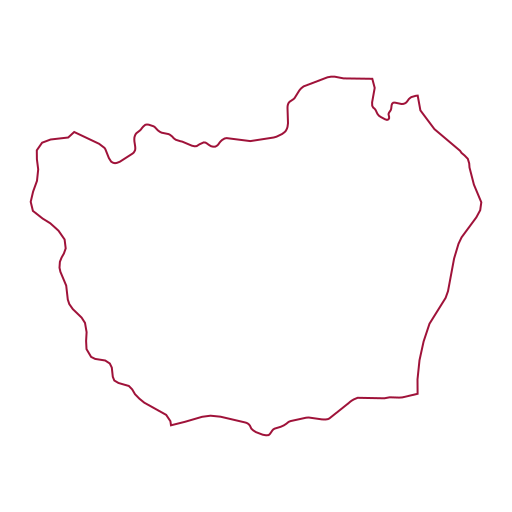 SVG path tracing the border of Phetchaburi
{"feature_id": "THA-419", "entity_name": "Phetchaburi", "entity_type": "Province", "adm_level": 1, "iso_a3": "THA", "parent_name": "Thailand", "parent_adm1": "", "projection": "mercator", "projection_center": [99.57, 12.939], "detail": "fine", "context": "isolated", "style": "outline", "palette": "rose", "viewbox_px": 512, "rotation_deg": 0, "n_neighbors": 0, "source": "natural_earth", "source_scale": "10m", "svg_char_len": 2848}
<svg xmlns="http://www.w3.org/2000/svg" viewBox="0 0 512 512"><path d="M171.0,425.3L170.4,421.2L166.2,414.9L144.3,402.7L139.4,398.7L135.0,394.2L132.2,389.4L128.9,386.0L118.5,383.0L114.3,380.5L112.8,376.8L111.8,367.6L109.8,363.5L105.2,360.5L95.1,358.9L91.1,356.9L86.5,349.1L86.1,340.9L86.6,332.2L85.0,322.9L81.6,317.6L72.8,309.1L69.3,304.1L67.8,299.6L66.2,285.6L60.4,271.8L59.5,267.7L59.9,261.8L61.6,257.5L63.9,253.5L65.7,248.4L64.6,239.5L58.5,230.7L50.3,223.3L42.7,218.6L32.9,210.9L30.7,201.8L33.1,191.6L37.0,180.8L38.2,169.4L36.9,159.2L36.8,150.3L42.1,142.7L50.6,139.5L68.2,137.5L74.2,132.0L81.8,135.6L99.1,143.8L104.5,147.9L105.4,149.3L108.9,158.1L111.2,161.7L113.2,162.8L115.0,163.2L116.8,162.9L118.4,162.3L119.9,161.7L132.5,153.6L133.6,152.7L134.4,151.5L135.1,150.1L135.3,148.4L135.2,146.7L134.4,141.3L134.3,139.3L134.4,137.5L134.9,135.8L135.5,134.4L136.4,133.2L139.9,130.5L140.9,129.5L142.0,128.0L143.3,126.5L145.3,124.8L147.0,124.5L148.8,124.7L153.6,126.3L154.8,127.1L157.8,130.3L159.0,131.2L160.2,132.0L161.7,132.7L168.6,134.1L170.0,134.8L172.3,136.6L173.3,137.8L174.4,138.8L175.9,139.8L180.3,141.2L182.2,141.6L191.9,145.7L194.7,146.3L196.7,146.1L199.5,144.3L203.7,142.4L205.5,142.6L207.0,143.5L208.6,144.7L211.0,146.2L213.2,146.7L215.1,146.7L216.5,146.0L217.7,145.1L218.7,143.9L219.5,142.7L220.6,141.4L222.1,140.0L224.6,138.5L226.6,138.1L250.3,141.1L273.7,137.5L276.5,136.7L282.1,134.0L284.5,132.2L285.6,131.1L286.3,129.9L287.0,128.5L287.5,126.9L288.0,123.2L287.5,107.9L287.6,106.0L288.0,104.3L288.7,102.8L289.7,101.7L293.4,99.2L294.5,98.2L299.3,90.5L300.2,89.4L301.2,88.3L303.6,86.4L327.5,77.3L330.9,76.7L334.8,76.7L343.6,78.4L372.3,78.8L374.7,87.9L372.1,102.4L372.2,105.7L373.2,107.6L374.5,108.6L375.6,110.0L377.4,113.8L378.9,115.7L380.8,117.0L385.1,119.3L387.0,119.9L388.4,119.4L389.1,118.3L389.1,116.8L388.8,115.5L388.5,114.1L389.0,112.7L390.7,110.2L391.2,108.7L391.6,105.2L392.2,103.6L393.3,102.7L394.8,102.6L401.5,104.0L403.3,103.9L404.8,103.4L406.1,102.6L407.1,101.5L408.9,99.0L410.2,97.9L411.3,97.1L415.8,95.8L417.7,95.6L420.4,110.4L434.4,129.1L460.1,150.8L461.5,152.9L464.6,155.5L467.8,158.8L469.2,163.4L469.5,167.5L473.9,184.6L481.3,202.3L480.2,210.2L476.3,217.4L461.6,237.3L458.5,243.8L454.1,258.5L448.0,291.2L445.6,297.9L429.5,323.7L423.6,341.5L419.5,360.2L417.5,379.4L417.6,393.8L402.3,397.4L399.2,397.6L389.7,397.3L384.3,398.3L357.6,397.8L353.8,399.4L351.6,400.7L350.0,401.9L349.0,402.8L329.4,418.4L328.0,419.1L325.5,419.5L322.0,419.4L308.7,417.5L306.1,417.7L290.5,421.1L288.6,421.9L286.4,423.7L283.8,425.4L280.7,426.8L274.7,428.6L273.3,429.4L272.3,430.5L270.6,433.0L269.7,434.2L268.6,435.1L266.1,435.3L262.7,434.7L255.9,432.1L253.1,430.3L251.3,428.6L250.0,425.8L249.1,424.6L247.9,423.6L246.6,422.9L244.9,422.4L220.5,416.7L210.5,415.7L202.1,416.8L185.0,421.8L171.0,425.3Z" fill="none" stroke="#9f1239" stroke-width="2"/></svg>